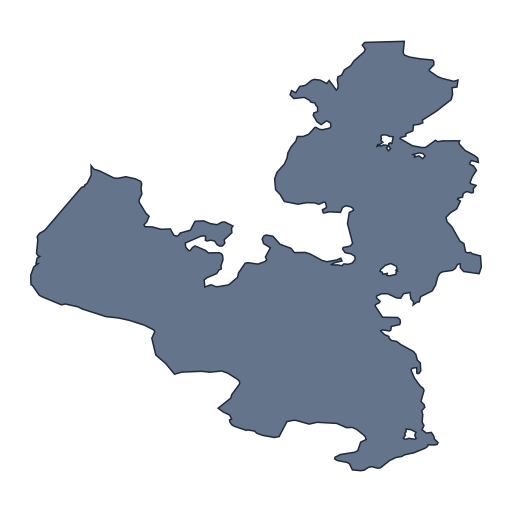 the Administrative State of Oromiya, rotated 90°
{"feature_id": "ETH-3131", "entity_name": "Oromiya", "entity_type": "Administrative State", "adm_level": 1, "iso_a3": "ETH", "parent_name": "Ethiopia", "parent_adm1": "", "projection": "equal_earth", "projection_center": [38.367, 6.948], "detail": "fine", "context": "isolated", "style": "filled", "palette": "slate", "viewbox_px": 512, "rotation_deg": 90, "n_neighbors": 0, "source": "natural_earth", "source_scale": "10m", "svg_char_len": 6001}
<svg xmlns="http://www.w3.org/2000/svg" viewBox="0 0 512 512"><g transform="rotate(90 256 256)"><path d="M42.4,147.2L41.3,107.7L52.7,108.8L55.0,107.7L57.0,102.7L58.9,91.3L60.0,79.3L61.2,78.3L64.9,78.1L69.5,82.7L71.1,82.4L76.5,74.5L78.4,69.9L81.3,58.1L80.0,54.0L87.0,55.0L87.8,60.0L94.4,59.4L99.6,60.8L111.2,75.6L120.1,89.6L122.8,89.2L124.4,93.2L125.0,98.4L130.9,99.2L133.4,105.4L133.9,106.2L136.0,106.1L137.5,111.4L138.6,112.0L145.7,99.6L147.6,89.7L147.3,86.1L140.3,76.6L141.7,74.2L140.9,70.0L140.8,52.3L142.3,53.1L144.2,52.6L150.4,47.0L155.4,37.8L158.1,34.3L162.4,33.6L160.5,40.7L163.3,42.3L164.3,42.0L166.0,38.4L170.3,35.5L176.9,39.8L182.9,42.0L184.0,40.7L185.4,35.9L188.7,38.6L192.0,38.6L192.7,39.1L192.9,40.9L191.6,44.7L192.2,46.9L193.8,48.8L197.2,49.5L198.4,54.3L199.3,54.5L201.0,51.6L208.9,55.3L212.7,61.5L217.3,66.0L221.8,64.9L226.7,60.2L241.0,52.1L243.6,48.1L252.0,46.4L252.8,44.4L252.4,41.5L253.8,39.6L255.9,31.5L267.2,30.7L273.7,32.9L271.5,48.4L267.7,51.7L263.9,51.7L264.0,53.6L265.0,54.8L268.4,56.7L270.4,59.6L271.8,69.5L273.3,72.1L276.4,74.1L285.3,76.5L290.9,79.8L296.6,91.3L302.0,92.8L301.8,94.4L305.0,98.9L301.9,98.4L298.9,101.1L292.5,102.1L293.7,108.5L298.3,111.3L297.9,115.4L293.7,124.4L293.8,130.5L296.0,135.4L298.0,135.5L301.2,131.9L302.7,132.6L304.4,136.1L305.7,137.0L317.2,129.5L317.5,114.3L319.7,112.0L322.2,111.6L324.6,112.3L326.4,120.7L330.1,121.2L331.0,122.5L329.9,129.7L330.8,131.4L334.7,127.3L336.4,123.2L338.0,123.0L340.4,120.7L341.5,115.2L344.6,111.2L351.4,98.7L354.5,96.1L360.0,94.7L363.0,91.7L370.9,91.2L373.3,93.0L373.7,94.3L373.1,95.2L367.6,95.3L368.2,99.6L370.0,101.0L378.0,97.6L385.8,92.0L388.6,88.6L390.5,88.0L401.4,91.0L404.9,87.8L407.3,87.2L410.7,90.3L414.7,89.2L422.2,89.9L425.5,88.0L429.7,90.0L433.1,85.6L432.4,80.7L435.7,78.4L439.0,77.6L442.5,74.0L444.4,74.8L445.0,77.5L444.8,83.9L446.3,84.3L448.1,86.7L452.8,98.1L454.8,107.3L456.5,110.3L457.4,115.8L460.4,122.2L467.8,131.5L468.2,134.2L466.7,140.2L467.2,143.2L470.2,147.9L470.7,151.3L469.9,159.6L463.7,162.6L462.4,165.1L460.5,174.7L458.8,177.4L457.2,176.9L454.5,171.5L452.2,157.1L450.7,154.3L442.1,151.3L439.5,145.8L436.2,147.0L429.7,154.9L427.4,159.7L427.7,165.3L423.4,175.4L422.3,194.9L424.1,202.9L420.4,215.9L420.3,218.6L421.6,225.1L436.6,232.9L437.5,237.5L435.4,249.2L433.2,255.3L431.1,257.5L429.9,264.3L430.4,265.6L426.2,278.0L424.6,280.4L422.1,282.1L419.8,282.5L419.1,280.4L415.1,282.3L412.1,288.6L408.2,293.9L398.1,281.2L394.5,280.2L383.8,272.3L381.4,272.5L379.2,274.7L373.2,284.2L371.0,290.2L372.2,302.2L371.3,310.5L372.1,330.2L374.2,337.5L363.5,346.3L355.0,356.2L338.3,360.2L331.7,357.2L329.9,358.3L325.3,367.3L320.4,382.5L318.0,393.3L316.6,406.1L309.0,429.9L306.9,433.8L304.0,446.6L304.8,450.6L296.7,470.1L295.1,472.8L285.1,479.8L284.8,481.0L275.3,481.3L266.8,478.2L263.9,474.1L263.8,476.0L258.3,475.0L256.4,472.2L255.9,474.0L253.4,475.5L240.2,474.2L236.6,474.8L233.3,472.4L230.4,467.3L187.4,430.5L186.5,427.5L185.1,427.4L183.5,424.9L175.2,420.8L165.6,420.9L169.1,418.2L170.9,412.4L178.0,398.1L178.3,394.3L176.7,386.2L178.9,376.4L181.4,371.3L183.7,370.3L188.6,371.0L194.0,370.1L199.9,372.9L202.5,372.7L213.2,366.1L216.3,362.9L222.1,365.4L224.9,368.0L226.7,367.1L226.9,359.8L229.3,350.8L228.9,341.7L235.2,338.2L236.1,335.5L235.7,333.9L232.9,331.6L230.2,321.6L221.6,317.2L221.2,316.3L220.9,308.2L223.6,301.8L224.7,294.9L222.1,289.9L222.0,287.2L226.0,279.1L228.2,280.5L232.7,280.1L239.8,287.8L243.3,287.2L246.0,289.6L246.1,292.4L244.8,294.8L241.1,297.3L240.2,301.1L241.0,305.2L240.2,306.7L236.3,306.3L235.9,307.7L236.1,310.9L243.0,326.7L247.2,326.3L250.7,323.2L250.4,321.7L247.5,319.5L245.9,317.0L250.4,306.5L252.9,303.7L252.7,292.9L253.7,290.7L255.4,289.4L259.8,289.0L265.8,291.0L268.9,290.7L270.0,293.0L273.6,295.3L277.7,305.1L280.0,307.8L287.0,307.2L285.0,301.9L284.9,300.4L286.6,296.5L286.6,293.5L284.9,283.4L277.3,274.4L272.9,273.5L263.2,266.8L262.7,263.8L264.1,253.9L261.5,247.0L259.9,245.3L257.0,246.6L247.8,241.6L243.6,248.4L239.1,249.8L236.1,248.3L235.0,245.9L236.2,239.1L244.3,231.9L248.3,221.0L252.6,217.6L252.4,206.8L254.0,201.8L260.5,189.8L261.7,185.2L260.0,175.4L258.2,171.2L261.0,170.0L262.8,177.6L264.5,180.5L265.0,179.1L264.9,174.5L265.7,170.1L263.9,168.2L264.3,163.9L263.1,159.7L259.2,156.7L256.2,157.3L253.9,161.0L252.7,166.8L249.2,169.3L247.5,168.9L246.1,161.8L243.3,159.4L223.6,164.5L212.5,162.7L210.3,158.5L208.2,159.1L206.8,161.5L205.7,166.2L207.5,169.5L212.4,171.5L211.8,182.7L213.1,188.2L211.6,189.4L209.7,189.5L208.0,186.2L206.7,185.4L202.2,186.8L202.2,188.6L204.3,193.0L202.8,197.7L202.7,205.6L204.2,214.0L201.5,227.7L194.3,232.0L189.7,236.4L179.0,237.4L172.4,235.1L164.0,227.6L158.2,225.0L152.9,224.1L147.0,221.0L141.2,216.2L136.5,214.7L136.5,208.9L134.3,203.3L127.4,197.1L127.4,195.9L129.4,192.4L129.7,189.3L128.0,182.1L126.3,181.1L123.0,181.5L121.1,184.8L121.1,186.0L124.7,190.8L121.7,195.1L115.3,198.8L112.9,198.1L111.6,194.3L106.9,194.5L104.7,196.6L103.0,196.9L102.2,201.0L100.2,202.7L97.4,207.8L98.5,218.2L94.8,221.9L90.6,220.5L92.7,216.2L86.5,212.3L85.3,206.5L80.4,200.5L79.4,197.7L80.1,191.9L83.5,185.2L80.4,182.8L90.1,175.7L88.6,174.3L86.0,173.8L79.7,174.7L76.8,174.0L75.1,170.3L69.9,167.7L65.7,161.3L60.9,158.0L51.8,147.8L49.1,146.8L45.0,149.7L42.4,147.2ZM272.0,115.9L271.4,114.7L270.2,116.2L269.3,114.8L266.2,115.7L263.5,121.3L265.4,126.7L269.4,131.2L271.4,132.0L272.2,129.7L274.2,129.2L273.4,124.7L275.4,125.2L275.8,122.1L274.3,116.0L272.0,115.9ZM143.1,120.0L136.8,118.8L136.3,122.8L134.9,125.6L135.0,130.0L136.3,131.1L138.6,130.5L140.3,131.3L142.3,129.1L144.4,132.1L144.7,134.3L146.4,135.0L145.5,132.5L146.2,131.2L144.9,128.5L145.6,123.3L143.7,123.2L142.8,121.7L143.6,120.4L143.1,120.0ZM438.1,108.7L439.4,106.8L438.3,103.3L439.2,97.3L438.5,95.9L435.2,97.3L432.3,96.0L429.7,100.9L429.1,106.0L431.8,105.9L433.4,107.4L435.4,106.6L438.1,108.7ZM157.1,97.5L155.9,93.0L158.7,89.3L156.0,86.9L153.6,89.0L152.8,92.5L154.5,98.9L155.5,97.1L157.1,97.5ZM147.9,125.5L150.8,123.7L148.5,121.3L146.0,123.6L147.9,125.5Z" fill="#64748b" stroke="#1e293b" stroke-width="1.5"/></g></svg>